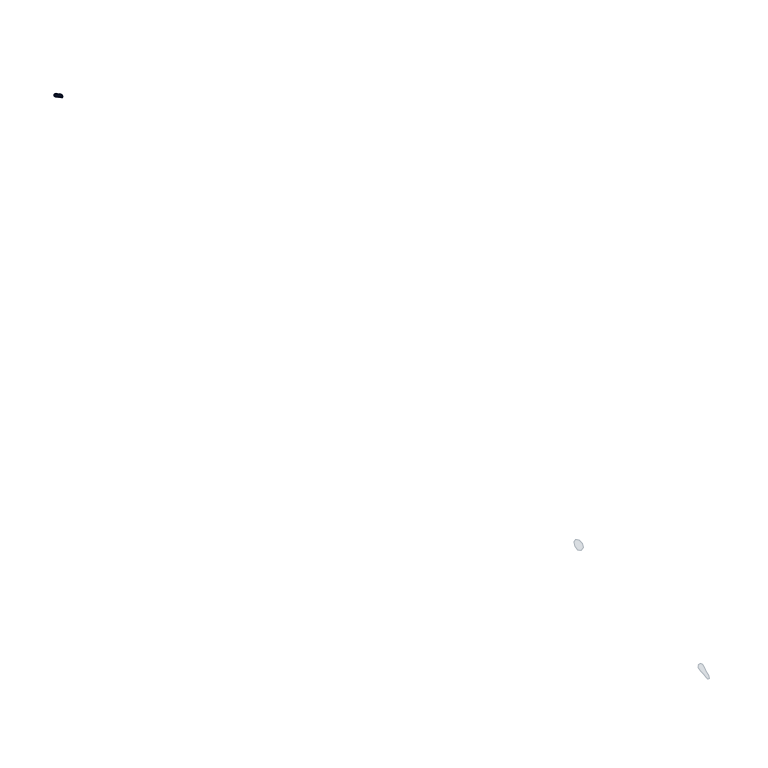 location of Foammulah, Maldives, rotated 131°
{"feature_id": "70690204B71388549423545", "entity_name": "Foammulah", "entity_type": "district", "adm_level": 2, "iso_a3": "MDV", "parent_name": "Maldives", "parent_adm1": "", "projection": "equal_earth", "projection_center": [73.424, -0.376], "detail": "fine", "context": "in_parent", "style": "filled", "palette": "ink", "viewbox_px": 768, "rotation_deg": 131, "n_neighbors": 0, "source": "geoboundaries", "source_scale": "gbopen_adm2", "svg_char_len": 1170}
<svg xmlns="http://www.w3.org/2000/svg" viewBox="0 0 768 768"><g transform="rotate(131 384 384)"><path d="M392.0,-39.1L389.6,-37.4L387.3,-38.1L386.5,-40.3L387.6,-43.6L389.5,-47.8L390.9,-52.4L392.8,-54.8L394.3,-54.0L394.1,-51.4L393.4,-47.9L393.0,-43.4L392.0,-39.1ZM378.6,137.1L375.6,137.4L373.7,134.2L374.2,129.5L376.5,126.2L380.2,126.0L382.3,128.9L381.2,133.5L378.6,137.1Z" fill="#d9dde1" stroke="#a8b0b8" stroke-width="1"/><path d="M381.5,822.8L382.0,822.8L382.3,822.6L382.7,822.3L382.9,822.0L382.9,821.6L382.9,821.0L382.8,820.5L382.6,820.0L382.4,819.7L382.1,819.4L381.8,819.1L381.5,818.6L381.3,818.3L381.0,817.9L380.8,817.6L380.6,817.3L380.3,817.0L380.0,816.6L379.8,816.2L379.7,815.9L379.5,815.7L379.4,815.4L379.2,815.2L379.0,814.8L378.8,814.8L378.7,814.9L378.3,814.9L378.1,814.9L378.0,815.0L377.8,815.1L377.6,815.4L377.5,815.6L377.4,815.9L377.3,816.2L377.2,816.4L377.2,816.7L377.1,817.0L377.2,817.4L377.3,817.8L377.4,818.1L377.6,818.6L377.9,819.0L378.1,819.2L378.5,819.5L378.8,819.8L379.0,820.1L379.2,820.5L379.4,820.9L379.5,821.2L379.7,821.6L380.0,822.0L380.3,822.3L380.6,822.5L381.0,822.7L381.5,822.8Z" fill="#0f172a" stroke="#020617" stroke-width="1.5"/></g></svg>